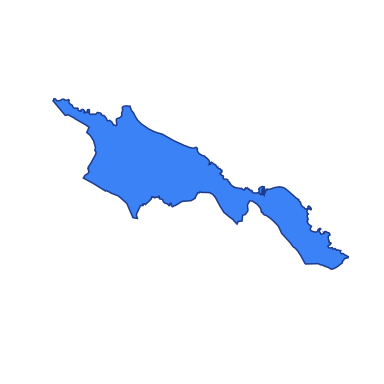 Ilocos Sur, Ilocos Sur, Philippines (Natural Earth projection), rotated 123°
{"feature_id": "2640588B69318666079956", "entity_name": "Ilocos Sur", "entity_type": "district", "adm_level": 2, "iso_a3": "PHL", "parent_name": "Philippines", "parent_adm1": "Ilocos Sur", "projection": "natural_earth1", "projection_center": [120.422, 17.287], "detail": "fine", "context": "isolated", "style": "filled", "palette": "blue", "viewbox_px": 384, "rotation_deg": 123, "n_neighbors": 0, "source": "geoboundaries", "source_scale": "gbopen_adm2", "svg_char_len": 6037}
<svg xmlns="http://www.w3.org/2000/svg" viewBox="0 0 384 384"><g transform="rotate(123 192 192)"><path d="M190.5,57.5L183.4,47.2L183.0,44.3L182.0,41.8L182.1,40.2L181.7,39.4L181.0,36.5L181.0,33.8L180.5,32.5L177.7,30.5L174.5,29.0L171.6,28.2L170.7,27.6L169.5,27.3L168.3,28.1L166.9,27.7L164.9,27.8L164.4,27.2L163.6,27.1L163.3,26.4L162.7,26.4L162.6,25.9L162.2,26.0L162.1,25.7L161.8,26.0L161.7,25.4L161.1,25.8L161.4,26.4L161.1,27.9L161.6,29.5L161.3,31.2L161.5,32.2L162.4,33.1L162.4,33.4L161.8,34.6L160.9,35.3L160.3,35.2L160.4,36.1L161.1,37.3L161.0,37.7L161.7,39.0L161.9,39.0L161.5,41.3L162.8,42.0L163.0,42.4L163.1,43.0L162.3,43.7L162.3,44.1L163.9,45.9L164.3,46.9L163.4,48.6L161.1,47.5L159.3,47.4L159.0,47.9L159.9,49.5L159.3,50.1L158.4,50.2L157.2,52.0L155.7,53.2L154.5,53.7L153.5,53.0L152.7,52.9L151.7,54.4L152.0,54.9L151.8,55.4L152.4,57.2L152.1,57.6L152.6,58.9L153.2,59.1L154.5,58.7L154.4,59.4L154.9,58.9L157.2,60.7L157.2,61.1L156.3,62.2L156.0,63.5L154.3,64.2L152.9,63.8L152.7,64.3L152.8,64.9L154.7,65.8L156.4,65.3L157.9,65.9L158.9,67.8L159.5,70.0L159.5,71.6L159.2,72.2L157.8,73.0L155.7,73.1L155.6,76.3L154.8,78.3L153.8,79.1L153.9,79.3L153.3,79.3L152.3,80.1L151.8,79.7L151.5,79.8L150.7,80.8L150.5,81.5L148.8,82.7L147.8,82.8L146.7,82.0L147.2,82.8L147.2,83.3L145.8,85.1L144.0,85.5L142.7,85.1L142.3,84.6L142.2,82.7L141.9,82.5L141.3,82.6L140.5,83.8L140.1,85.9L140.2,86.5L141.3,86.8L142.3,85.9L142.8,85.9L144.0,86.9L144.6,88.3L144.0,89.2L144.1,90.9L143.5,93.1L142.9,94.2L141.5,95.3L141.2,97.3L141.0,98.0L140.5,98.0L140.2,98.5L140.4,100.8L138.8,111.3L138.3,116.3L138.7,118.3L140.1,121.7L143.4,125.2L147.3,128.2L149.5,131.6L149.3,130.5L148.7,130.2L148.9,130.0L150.8,130.8L151.5,130.6L152.1,130.9L152.3,130.4L152.5,130.4L152.5,130.7L153.3,130.7L154.8,129.9L154.5,130.4L154.9,130.4L155.0,130.5L153.7,130.9L154.0,131.0L155.0,130.6L155.2,130.3L155.4,130.4L154.7,131.3L155.7,131.1L155.8,131.8L155.1,132.0L154.8,132.5L156.0,132.3L156.7,132.8L156.5,133.0L156.7,134.7L156.4,135.9L156.7,136.5L157.7,137.3L159.4,140.1L159.3,141.3L158.9,141.4L158.5,142.7L158.2,142.7L158.5,143.6L158.6,143.4L159.1,143.8L158.9,145.0L158.5,145.5L158.9,146.0L158.5,146.8L158.8,147.6L158.5,148.1L159.2,148.2L159.3,149.3L160.3,149.5L160.7,149.1L161.4,149.0L162.1,149.4L162.2,150.8L161.7,150.6L162.2,150.8L161.9,151.8L162.0,152.6L162.9,153.7L164.6,158.0L164.9,159.6L165.1,159.3L165.2,159.5L164.9,160.6L165.0,161.5L164.6,164.2L164.1,164.4L164.2,164.8L163.5,165.7L163.3,166.6L163.4,167.4L162.3,168.8L162.8,170.8L163.3,171.1L163.7,171.9L163.4,173.6L162.0,174.0L161.5,174.4L161.7,176.3L161.5,177.1L161.8,177.3L161.3,178.6L160.7,178.4L160.8,178.0L160.7,178.2L159.4,177.8L158.3,178.1L157.5,178.8L157.6,179.6L157.9,179.7L157.5,180.3L157.2,181.4L157.8,182.4L157.6,183.8L157.3,183.9L157.7,184.2L157.1,185.2L156.6,186.8L156.4,186.9L156.6,189.1L156.3,191.8L157.4,192.1L158.8,191.6L159.2,192.0L159.0,192.7L159.2,192.8L157.9,193.0L157.7,193.5L157.1,193.8L156.2,195.1L155.5,197.7L155.3,200.3L155.0,200.6L155.8,203.5L155.9,206.9L155.2,208.9L154.0,210.5L152.8,210.9L152.2,212.2L152.4,213.1L154.4,214.4L154.8,215.2L156.0,218.5L157.2,224.0L158.9,235.6L159.7,248.7L160.0,249.0L160.1,250.2L161.1,252.8L161.7,255.3L162.2,257.8L162.7,263.1L162.5,271.5L161.4,276.6L159.7,280.4L157.5,284.2L156.5,287.3L153.7,290.9L154.9,292.2L155.1,293.2L156.0,294.6L157.5,296.1L158.7,296.5L159.4,296.4L160.6,295.1L161.6,294.6L164.1,294.0L165.9,292.6L167.2,292.5L169.3,293.2L170.6,294.4L171.8,295.1L172.5,294.9L174.3,293.7L176.3,291.7L177.2,291.6L177.8,291.9L178.0,293.7L178.5,294.5L177.0,297.2L176.7,300.0L177.8,300.9L178.3,302.1L176.9,303.7L176.5,304.9L175.8,307.5L176.5,308.4L176.3,310.4L175.7,310.9L175.7,311.8L176.8,314.7L179.3,315.1L179.9,315.9L180.4,317.4L182.2,319.2L182.2,320.7L179.1,322.7L179.0,323.2L179.2,323.8L179.9,324.4L181.0,324.1L181.5,323.0L181.9,322.6L182.9,324.9L183.3,325.2L183.8,324.8L184.3,325.2L184.2,325.8L183.1,326.1L182.3,326.7L182.1,328.1L182.5,329.1L183.2,329.6L183.8,329.7L184.5,329.0L185.0,329.3L185.5,331.8L185.2,332.4L184.2,332.9L183.9,333.6L185.1,335.0L185.3,335.8L185.8,336.3L185.9,337.1L185.2,338.9L184.5,339.5L184.5,342.7L184.2,343.4L183.2,344.7L181.9,344.9L181.8,345.9L182.8,346.5L183.9,348.0L184.1,348.7L183.9,350.0L184.8,351.3L187.5,352.7L188.9,354.6L189.1,355.5L188.5,356.5L188.5,357.8L189.0,358.6L190.5,357.9L191.2,358.2L196.8,340.1L194.6,337.7L194.3,332.3L193.9,331.4L194.3,330.8L194.3,329.9L193.6,318.1L193.8,313.6L199.4,312.7L200.0,308.1L202.6,302.5L207.2,297.2L210.1,296.1L210.8,294.1L213.0,293.3L224.0,292.5L227.7,292.6L228.2,291.9L228.8,292.2L229.3,291.7L230.6,290.2L230.8,289.4L233.4,289.4L236.1,290.8L239.5,290.8L238.6,279.5L238.3,265.1L237.6,264.8L236.9,260.4L237.1,259.8L235.4,251.5L237.1,240.4L245.7,227.5L243.9,223.4L241.9,225.9L239.7,226.7L231.7,227.7L231.1,227.5L230.0,225.7L229.6,225.8L229.6,226.1L228.9,226.6L228.3,225.4L227.9,225.3L227.5,224.5L227.7,224.2L220.5,222.4L218.0,223.0L217.9,222.2L217.3,222.1L217.4,221.2L216.9,220.8L217.2,220.5L217.1,219.9L215.5,219.0L215.2,217.9L213.5,217.5L213.7,216.8L215.3,215.9L215.3,215.0L214.5,213.6L214.4,212.5L215.8,210.7L216.1,208.6L215.3,206.1L215.9,203.8L213.7,204.2L212.9,203.6L213.0,203.1L214.6,202.3L215.0,200.3L213.5,199.6L212.2,198.5L205.3,195.2L199.7,188.0L195.5,185.9L194.7,186.3L189.4,186.7L188.9,185.5L187.6,185.5L187.3,184.1L182.9,176.9L182.7,173.3L183.9,169.3L188.4,161.2L191.7,154.2L192.5,147.3L192.8,142.3L193.2,141.6L194.4,136.8L191.5,137.1L189.1,134.2L184.0,136.8L181.8,135.1L178.1,134.8L176.7,135.2L173.2,138.1L171.3,138.7L170.0,138.5L168.2,138.9L167.3,137.7L166.8,136.3L166.8,130.7L167.6,127.7L168.5,125.4L171.1,122.8L171.2,122.5L170.7,121.7L171.7,120.3L171.8,118.8L171.2,116.6L171.4,111.8L172.0,108.0L173.6,100.9L177.8,94.4L180.9,82.6L182.9,77.2L182.9,74.7L183.9,71.2L186.1,66.2L190.2,58.7L190.5,57.5ZM156.4,132.7L154.5,133.0L151.8,134.6L148.4,134.3L148.9,135.8L149.4,136.3L150.9,137.2L152.9,137.7L153.9,137.0L154.4,136.3L156.1,135.8L156.4,134.9L156.4,132.7ZM153.1,131.4L149.8,132.7L149.6,133.0L151.8,133.0L153.7,132.5L154.5,131.5L153.1,131.4Z" fill="#3b82f6" stroke="#1e3a8a" stroke-width="1.5"/></g></svg>